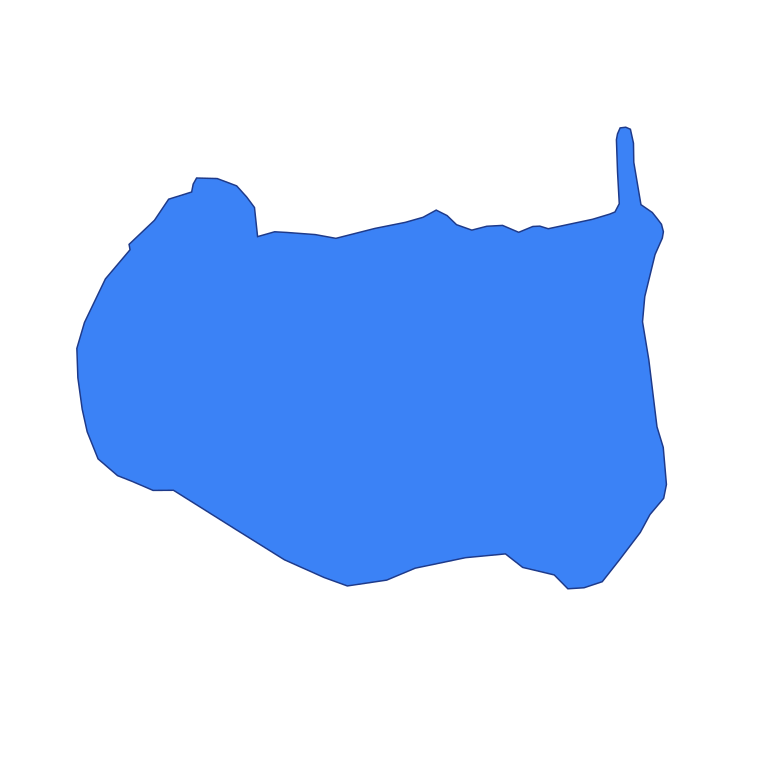 outline of Romanum, Federated States of Micronesia, rotated 170°
{"feature_id": "79324940B2469111888954", "entity_name": "Romanum", "entity_type": "district", "adm_level": 2, "iso_a3": "FSM", "parent_name": "Federated States of Micronesia", "parent_adm1": "", "projection": "equal_earth", "projection_center": [151.668, 7.411], "detail": "fine", "context": "isolated", "style": "filled", "palette": "blue", "viewbox_px": 768, "rotation_deg": 170, "n_neighbors": 0, "source": "geoboundaries", "source_scale": "gbopen_adm2", "svg_char_len": 1169}
<svg xmlns="http://www.w3.org/2000/svg" viewBox="0 0 768 768"><g transform="rotate(170 384 384)"><path d="M270.8,520.3L284.9,528.3L292.6,538.9L302.4,546.2L316.6,541.4L334.9,539.5L365.9,538.8L406.1,535.8L425.8,543.1L453.3,550.1L465.3,552.9L482.9,551.1L480.9,580.3L486.7,591.9L494.7,604.7L512.6,615.3L532.8,619.4L537.2,614.0L540.1,606.5L564.0,603.4L581.6,585.1L610.8,565.8L610.8,560.3L640.1,535.9L668.3,496.6L680.3,472.4L684.4,443.3L685.6,411.6L684.6,388.5L678.6,359.9L662.3,340.0L649.4,332.1L642.2,327.4L629.9,319.3L609.8,315.9L555.1,266.4L512.5,228.1L476.7,203.9L455.2,191.5L415.4,190.4L385.3,197.2L333.8,198.8L293.9,195.6L279.3,179.3L249.5,166.4L238.5,150.4L222.3,148.6L203.4,151.4L182.7,169.9L157.4,193.3L144.7,209.3L128.4,222.9L123.3,236.0L120.0,273.1L122.6,294.4L119.0,361.8L118.6,400.4L112.0,424.8L94.6,464.4L84.6,479.3L82.4,485.4L83.0,493.1L86.5,499.9L90.0,506.3L99.8,516.0L99.5,559.0L96.5,577.8L97.1,592.1L101.3,594.9L107.0,595.2L110.6,589.8L112.7,584.2L117.2,552.2L121.0,520.7L126.7,513.3L132.4,512.1L150.1,510.0L195.3,508.4L203.1,512.4L210.1,513.3L225.0,510.0L239.7,519.6L255.3,521.5L270.8,520.3Z" fill="#3b82f6" stroke="#1e3a8a" stroke-width="1.5"/></g></svg>